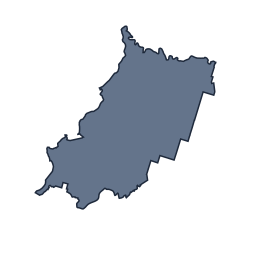 outline of Tea Tree Gully, South Australia, Australia, rotated 201°
{"feature_id": "25037944B97586454911655", "entity_name": "Tea Tree Gully", "entity_type": "district", "adm_level": 2, "iso_a3": "AUS", "parent_name": "Australia", "parent_adm1": "South Australia", "projection": "natural_earth1", "projection_center": [138.716, -34.802], "detail": "fine", "context": "isolated", "style": "filled", "palette": "slate", "viewbox_px": 256, "rotation_deg": 201, "n_neighbors": 0, "source": "geoboundaries", "source_scale": "gbopen_adm2", "svg_char_len": 5785}
<svg xmlns="http://www.w3.org/2000/svg" viewBox="0 0 256 256"><g transform="rotate(201 128 128)"><path d="M196.3,79.5L196.2,79.4L195.3,77.8L194.7,75.9L193.8,75.3L192.1,73.2L191.2,72.6L189.7,70.5L189.2,69.3L188.2,69.9L187.0,69.2L186.2,68.5L184.7,66.7L183.7,65.1L183.0,60.5L186.3,49.8L185.6,48.3L185.1,45.9L185.7,43.5L186.7,40.9L188.3,38.5L190.7,36.5L191.1,35.5L191.3,34.4L191.2,34.4L186.4,33.6L185.6,34.5L184.6,35.1L184.1,35.9L183.1,38.6L182.7,38.8L182.2,39.6L182.1,40.2L181.8,40.7L181.3,42.0L180.7,41.9L180.4,44.2L180.8,44.2L181.0,45.5L180.2,46.5L178.2,45.8L177.6,46.1L177.0,46.5L176.3,46.0L176.1,46.0L174.8,47.9L168.5,48.4L169.1,53.8L164.1,54.3L163.6,49.1L162.4,49.2L162.2,46.5L160.6,46.4L160.0,46.1L159.4,46.2L158.2,45.8L157.3,45.3L155.4,43.6L155.0,43.7L154.5,44.1L152.8,44.6L152.5,44.6L152.5,44.2L152.4,44.1L149.7,44.7L149.4,43.8L148.5,43.6L147.7,42.7L147.6,42.1L148.6,39.7L148.7,38.9L148.4,38.1L148.0,37.3L147.6,36.4L147.2,35.8L146.6,35.6L145.0,36.0L141.8,36.1L140.9,36.4L140.3,37.2L139.3,39.1L138.7,40.8L137.9,42.5L137.3,43.3L135.9,44.8L132.7,47.7L131.3,49.3L130.7,50.4L130.4,51.6L130.5,52.8L131.2,55.4L131.2,56.7L130.9,58.0L130.4,59.1L128.9,61.7L128.2,63.2L128.1,63.3L127.3,63.5L126.9,63.4L126.8,63.2L126.0,63.1L125.6,63.2L124.6,63.7L123.0,64.0L122.5,64.0L120.2,63.9L119.6,63.8L118.7,63.3L117.7,62.4L116.4,60.6L116.0,60.4L115.5,60.8L115.1,61.7L114.7,62.7L114.2,63.5L113.5,63.1L112.9,61.9L111.5,59.8L111.1,59.3L110.9,59.3L109.1,60.4L108.1,61.4L107.7,62.0L107.5,62.9L107.3,63.4L106.9,63.8L106.3,64.4L106.0,64.4L105.9,64.3L105.5,63.3L105.1,62.7L104.6,62.3L102.7,66.3L102.7,69.0L102.0,69.0L101.7,69.6L100.9,70.8L100.7,71.5L100.2,71.2L99.9,71.2L99.5,71.4L99.6,71.8L99.5,72.8L98.2,73.8L97.8,74.4L97.7,74.9L97.8,75.2L98.8,77.1L98.8,77.3L98.5,77.9L97.4,77.4L96.1,77.4L95.6,79.1L96.1,79.3L91.0,86.3L93.8,91.3L94.0,91.3L95.0,105.8L87.8,106.1L88.3,113.7L73.5,114.6L73.9,121.9L74.9,136.6L67.2,137.1L67.6,142.0L67.6,143.7L67.7,143.8L67.8,144.6L68.2,151.2L68.9,159.2L68.7,159.2L70.8,188.6L59.7,189.4L59.9,192.5L60.1,193.2L64.1,200.7L65.8,199.6L66.5,200.6L66.7,201.2L67.0,206.1L68.7,205.9L69.3,215.6L69.8,216.4L70.0,218.8L69.9,218.8L69.5,219.8L69.6,220.7L70.1,220.6L70.7,220.8L71.6,221.0L72.1,221.0L72.4,220.9L72.8,220.5L73.3,220.3L74.4,219.3L74.5,219.1L74.4,218.6L74.1,218.2L74.0,217.8L74.0,217.7L74.2,217.4L74.7,217.0L75.1,217.0L75.8,217.0L76.5,217.3L77.2,217.9L77.4,218.2L77.4,219.3L77.4,219.9L77.5,220.1L79.1,221.2L79.8,221.5L81.4,221.5L81.7,221.2L82.1,220.4L82.3,220.3L83.7,219.8L85.6,219.0L86.7,218.7L87.1,218.5L88.7,218.0L90.9,217.9L93.2,218.1L94.3,218.1L94.9,217.7L95.3,216.8L95.9,214.3L96.0,214.1L97.8,212.6L99.2,211.2L100.1,210.1L102.3,209.6L102.8,209.6L104.1,209.0L105.3,209.0L106.4,209.4L106.5,209.6L106.5,209.9L106.4,210.5L106.5,210.9L106.9,211.1L107.6,211.3L108.1,211.0L108.7,210.3L109.3,209.3L110.1,208.7L110.9,208.6L111.5,209.1L111.9,209.6L112.3,210.4L112.6,210.6L113.5,210.7L114.4,210.6L114.8,210.4L114.9,210.2L115.2,209.5L115.1,208.6L114.8,207.6L114.8,206.8L114.9,206.2L115.1,206.0L115.5,205.7L116.4,205.4L116.7,205.5L116.9,205.8L117.3,206.5L117.8,206.9L118.0,207.3L118.8,208.2L119.1,208.5L119.7,209.1L121.1,210.1L121.7,210.7L122.1,211.1L122.3,211.5L124.6,213.7L125.0,213.9L126.2,214.1L126.6,213.9L126.8,213.7L127.2,213.4L127.3,213.2L127.2,212.3L127.0,211.8L126.1,208.9L126.2,208.3L126.7,208.1L127.8,208.1L128.4,208.3L128.7,208.5L129.1,208.6L131.4,208.5L132.2,208.7L133.0,209.1L135.5,209.6L135.9,209.6L137.0,209.3L138.0,208.9L138.4,208.5L139.0,208.2L139.2,207.8L139.5,207.2L139.6,205.3L139.8,204.6L140.0,204.2L140.9,203.9L140.8,204.4L141.1,204.5L141.5,205.4L141.9,206.6L142.1,207.9L142.4,208.4L143.2,208.6L145.1,208.1L146.5,208.2L147.7,208.8L148.4,209.9L149.3,210.6L149.6,210.7L150.0,210.6L150.2,210.4L150.4,209.3L150.7,208.7L150.9,208.4L151.2,208.4L151.8,208.8L152.0,209.3L152.4,210.9L152.4,211.6L152.6,211.9L152.9,212.4L153.5,212.6L153.9,212.6L154.7,212.3L155.8,211.8L156.8,211.5L157.9,211.2L158.8,211.4L159.5,211.7L159.8,212.0L159.8,212.7L159.6,213.1L159.3,213.3L158.2,213.7L157.0,213.8L156.6,213.9L156.4,214.0L156.3,214.3L156.3,214.5L156.8,215.0L158.3,215.5L158.9,215.8L160.1,216.8L161.3,217.4L163.0,218.0L164.4,218.1L164.4,218.4L164.0,219.1L164.0,219.6L164.3,220.4L165.5,222.3L166.1,222.4L167.2,221.9L169.2,218.8L169.5,217.4L168.2,215.6L167.6,214.4L166.8,213.7L165.1,211.5L164.7,209.6L164.9,208.6L164.5,207.8L163.7,206.9L162.0,206.3L160.4,205.1L159.5,203.5L159.2,201.2L159.3,200.2L159.1,198.2L158.8,197.6L157.9,196.9L157.5,196.5L156.3,195.0L156.5,193.7L157.7,191.5L158.0,188.2L159.4,184.2L158.0,181.0L157.7,177.4L158.6,175.4L160.0,174.4L160.5,173.2L162.6,165.7L163.6,163.9L166.4,157.8L169.0,155.1L168.3,154.7L167.9,154.0L167.7,153.7L167.0,154.0L166.8,154.3L166.7,154.8L166.2,154.6L165.6,154.1L165.4,153.7L165.3,153.1L166.1,150.1L166.0,149.5L165.7,149.3L165.4,149.1L164.2,149.0L163.6,148.6L162.6,147.3L161.0,145.9L161.0,144.9L161.1,144.1L161.8,143.0L161.9,142.5L162.4,141.3L162.5,137.5L163.0,135.4L165.8,131.4L166.2,131.1L167.9,130.4L171.6,127.0L172.4,125.3L172.3,123.8L173.3,120.1L173.7,119.7L174.7,119.1L175.4,117.6L175.2,116.9L175.3,116.6L175.5,116.1L175.4,115.6L175.2,115.2L174.6,113.4L173.8,112.1L172.8,109.7L171.9,106.8L171.9,106.1L171.9,105.5L172.3,104.6L172.6,104.3L172.5,104.1L170.7,105.2L169.6,104.5L166.4,103.5L166.8,103.1L167.4,102.2L177.4,95.6L177.8,95.5L179.0,95.2L179.7,95.2L180.4,95.1L181.0,95.2L181.0,96.0L181.1,96.6L181.5,97.2L182.5,97.9L182.5,98.1L182.4,99.0L182.5,99.3L183.0,99.4L183.7,99.2L184.3,98.9L183.3,97.6L183.4,97.0L183.9,96.1L184.9,95.2L186.1,93.3L186.3,92.2L188.1,88.5L187.6,87.3L186.7,85.8L187.1,85.1L187.6,84.6L187.7,84.0L187.8,83.8L188.6,83.7L189.2,82.9L190.1,82.3L190.4,81.7L190.7,81.5L192.8,81.0L193.5,81.1L193.8,81.0L194.1,81.1L194.7,81.7L195.6,81.4L196.3,81.1L196.3,79.5Z" fill="#64748b" stroke="#1e293b" stroke-width="1.5"/></g></svg>